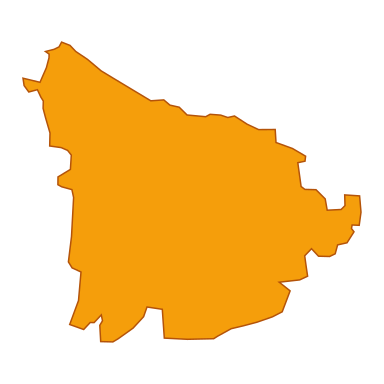 Pastdargom, Samarkand, Uzbekistan
{"feature_id": "79887680B34073464647672", "entity_name": "Pastdargom", "entity_type": "district", "adm_level": 2, "iso_a3": "UZB", "parent_name": "Uzbekistan", "parent_adm1": "Samarkand", "projection": "albers", "projection_center": [66.66, 39.68], "detail": "fine", "context": "isolated", "style": "filled", "palette": "amber", "viewbox_px": 384, "rotation_deg": 0, "n_neighbors": 0, "source": "geoboundaries", "source_scale": "gbopen_adm2", "svg_char_len": 1333}
<svg xmlns="http://www.w3.org/2000/svg" viewBox="0 0 384 384"><path d="M282.2,311.8L290.1,290.9L279.2,282.2L299.7,279.9L307.6,276.2L306.1,266.0L304.7,255.8L311.5,248.7L318.5,256.2L329.6,256.5L335.2,253.8L337.6,244.9L347.0,242.8L354.0,231.8L351.5,228.6L352.1,225.0L359.2,225.3L361.0,212.2L359.6,195.9L344.7,194.9L345.0,205.6L341.1,209.5L327.2,210.2L325.2,198.9L316.0,189.7L304.9,189.4L301.1,186.5L297.8,162.7L305.0,161.2L305.6,156.2L292.5,148.5L276.0,142.5L275.2,129.5L258.6,129.6L247.1,124.2L234.5,116.0L227.8,117.5L220.7,115.1L210.1,114.3L205.7,116.7L187.1,115.0L179.2,107.2L169.9,105.1L163.8,99.9L150.8,100.8L112.9,78.0L101.2,70.9L87.4,59.3L75.8,51.5L70.0,45.4L61.6,42.1L59.0,46.9L54.1,49.3L45.5,51.5L49.1,54.1L49.0,57.8L46.4,67.7L40.0,82.3L23.0,78.2L24.1,85.6L28.8,92.0L37.4,89.7L40.9,97.2L43.3,101.0L43.1,108.4L45.4,117.2L50.0,133.0L49.7,146.0L61.2,147.6L67.6,150.4L71.3,155.1L70.4,169.4L58.0,176.9L57.9,184.7L61.7,186.8L71.9,189.6L73.6,197.5L71.5,236.6L68.4,261.9L72.1,267.9L81.0,272.0L78.5,300.6L69.7,324.5L83.7,329.5L90.2,322.5L94.1,322.6L101.3,314.9L102.5,320.8L99.8,325.3L100.7,341.6L112.9,341.9L118.1,338.8L133.1,328.1L143.6,316.7L147.0,307.0L162.3,309.3L164.3,338.1L187.4,339.3L213.7,338.7L217.6,336.2L231.2,328.7L243.4,325.8L257.0,322.2L272.5,316.8L282.2,311.8Z" fill="#f59e0b" stroke="#b45309" stroke-width="1.5"/></svg>